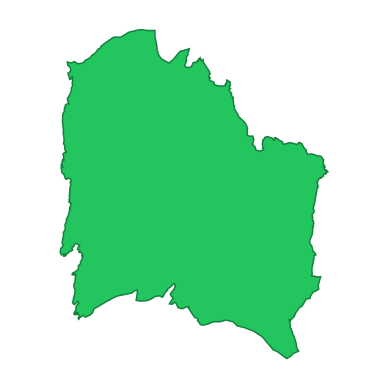 the district of Røyken nor, Buskerud, Norway, rotated 185°
{"feature_id": "86288312B91895261820086", "entity_name": "Røyken nor", "entity_type": "district", "adm_level": 2, "iso_a3": "NOR", "parent_name": "Norway", "parent_adm1": "Buskerud", "projection": "mercator", "projection_center": [10.397, 59.735], "detail": "fine", "context": "isolated", "style": "filled", "palette": "green", "viewbox_px": 384, "rotation_deg": 185, "n_neighbors": 0, "source": "geoboundaries", "source_scale": "gbopen_adm2", "svg_char_len": 5934}
<svg xmlns="http://www.w3.org/2000/svg" viewBox="0 0 384 384"><g transform="rotate(185 192 192)"><path d="M327.5,310.7L326.6,307.1L324.4,305.8L323.2,302.5L324.9,300.1L325.8,299.8L325.6,298.0L324.6,296.7L324.2,294.6L323.5,293.5L322.0,294.4L322.2,295.8L321.3,296.6L320.8,295.3L321.0,293.8L320.6,293.2L320.9,289.5L320.3,288.9L320.3,287.6L321.3,284.7L321.0,283.9L321.1,282.2L322.4,278.0L324.3,274.2L323.8,272.0L322.4,269.1L324.3,268.9L325.7,267.5L326.1,264.5L326.5,264.1L326.2,263.6L326.4,261.7L326.1,261.2L327.3,259.1L327.5,258.0L327.1,250.3L325.4,242.4L325.6,240.4L323.9,233.2L324.2,228.9L323.1,227.7L322.2,222.8L320.6,221.0L320.9,220.3L322.3,220.3L323.7,218.9L323.6,217.8L323.1,217.4L323.0,215.3L322.3,212.5L323.0,212.1L323.7,212.8L324.1,210.5L323.6,207.0L322.7,205.3L323.8,205.5L324.5,208.8L324.7,207.2L324.1,205.6L324.4,205.3L324.4,204.4L323.2,199.9L321.1,198.4L319.3,194.2L318.4,194.4L318.1,193.8L316.4,195.0L315.4,194.8L314.0,194.1L313.4,193.1L313.7,192.8L313.6,191.0L314.1,190.9L313.4,188.5L313.9,185.6L313.9,180.2L313.4,178.3L314.0,178.1L313.3,174.7L313.8,174.0L313.0,173.0L313.9,171.8L313.4,170.9L311.4,170.4L311.8,169.5L311.8,168.4L311.5,168.2L312.5,165.3L312.5,164.5L311.6,163.9L312.4,163.0L313.1,158.1L314.8,154.1L314.4,152.7L315.7,148.2L315.1,145.0L315.2,143.3L316.7,140.1L316.0,136.8L316.5,135.8L317.0,130.5L315.7,127.0L317.9,124.3L318.0,120.5L316.7,118.0L314.3,119.0L313.4,118.3L314.5,117.3L314.3,116.9L312.8,117.2L312.1,117.9L311.9,118.7L312.3,119.3L310.9,119.6L308.0,122.8L307.2,122.6L305.8,123.8L306.8,125.7L304.7,128.1L304.3,129.8L303.5,130.7L299.2,129.1L300.5,127.2L301.1,124.8L298.9,124.0L298.6,123.2L299.6,122.4L299.2,122.0L297.6,122.1L296.2,121.2L296.1,118.6L295.0,119.1L295.7,115.5L297.1,112.3L296.7,110.9L298.9,108.4L298.3,106.8L298.9,104.7L301.3,102.4L304.5,100.4L301.9,101.2L302.0,100.2L303.9,99.2L302.5,98.9L300.9,99.8L300.3,99.3L300.9,96.1L300.7,94.5L300.8,91.6L301.3,90.8L301.6,88.2L300.5,85.1L299.8,84.0L300.1,79.6L300.8,75.9L300.9,73.2L301.2,72.7L300.9,70.5L299.3,69.6L296.4,73.0L295.1,71.6L297.5,68.0L297.4,63.9L298.0,63.3L299.1,60.5L298.1,59.5L297.2,60.0L297.2,62.0L295.5,61.9L296.4,60.4L296.1,59.9L294.5,60.3L293.7,59.3L293.5,57.7L294.5,56.5L293.7,55.4L292.9,57.0L289.7,59.6L287.2,58.0L282.9,60.5L280.5,63.0L279.5,67.0L265.5,76.9L264.8,76.9L264.3,77.8L257.6,81.8L243.4,86.0L239.3,89.5L238.0,89.7L237.7,86.2L238.2,79.2L234.1,78.8L227.1,79.9L222.7,82.3L219.3,85.0L215.1,85.7L212.2,84.6L209.8,89.7L207.6,92.4L208.1,92.9L207.4,94.0L206.0,94.6L202.2,99.1L200.6,98.3L200.9,97.1L200.4,95.5L204.7,88.6L204.0,86.8L201.6,85.0L204.7,78.6L201.9,78.5L199.6,80.7L198.2,79.8L195.9,75.7L192.5,74.8L190.0,75.4L188.1,77.2L187.0,76.7L185.4,77.4L185.0,76.8L185.2,75.9L179.4,68.4L177.8,67.0L175.8,66.8L175.2,66.1L175.2,64.0L173.5,62.7L172.1,60.6L169.0,60.4L164.4,62.0L159.4,64.6L152.2,65.3L147.1,67.4L139.4,66.2L135.4,62.6L127.6,61.4L118.3,58.7L109.1,53.7L97.2,41.7L93.5,40.7L83.1,34.3L78.9,37.5L77.1,39.9L71.9,42.8L74.5,46.4L74.7,49.2L76.4,53.8L78.1,57.6L79.5,59.6L79.8,61.6L81.0,62.9L81.2,64.5L82.3,65.3L82.4,68.0L83.3,70.5L82.8,71.3L83.9,71.9L84.2,73.3L82.6,72.9L79.4,76.7L78.2,80.5L74.8,86.5L72.5,87.7L68.9,95.3L65.2,96.3L64.9,98.8L62.6,102.6L57.3,106.1L58.1,110.2L56.5,118.8L59.0,118.3L65.8,119.1L65.1,120.4L65.9,125.7L64.7,136.5L65.1,138.9L63.1,140.3L64.3,142.2L66.0,143.2L68.2,149.0L69.9,150.7L70.6,153.1L68.6,160.3L68.4,162.3L68.7,167.5L68.0,167.9L68.3,168.8L67.9,171.2L68.6,172.9L68.5,173.8L69.6,174.9L69.8,176.8L69.5,177.2L70.4,179.9L68.7,182.5L68.9,184.6L69.7,185.7L69.8,187.3L69.0,190.7L67.7,206.1L66.7,208.2L67.3,208.4L67.3,210.2L68.3,213.4L67.3,214.1L67.3,215.0L66.2,216.6L64.9,217.0L64.6,217.2L64.9,217.7L62.8,218.8L62.4,220.8L61.6,221.6L60.3,221.7L59.5,223.0L60.1,223.3L59.4,223.6L61.3,225.4L60.7,225.7L61.9,226.0L62.3,227.1L61.2,228.5L61.8,228.2L62.7,228.8L62.5,229.2L63.2,229.0L62.6,229.7L64.0,233.1L63.6,235.4L65.4,237.2L65.8,238.2L66.9,238.9L70.9,239.1L76.1,240.5L79.7,239.4L81.8,242.1L81.7,242.8L82.4,244.4L82.8,244.3L84.4,246.0L86.7,249.6L88.0,250.3L89.8,250.6L90.3,249.9L89.8,250.4L89.6,249.8L91.8,248.6L98.7,249.8L104.8,247.4L106.7,250.2L109.8,251.1L110.5,252.1L113.4,253.4L114.6,253.1L114.1,251.0L114.9,250.5L117.0,252.7L121.8,253.8L124.1,252.8L124.2,251.7L125.5,250.8L126.2,249.1L125.7,247.1L126.2,246.2L125.2,242.7L125.6,242.0L124.5,241.6L124.5,240.3L128.0,238.5L131.9,239.3L133.1,242.4L136.1,244.9L135.3,246.9L135.1,250.1L136.5,253.1L138.9,252.5L141.4,253.1L142.2,254.6L142.0,256.6L142.5,258.7L142.2,260.0L143.2,262.5L145.7,266.1L152.1,271.2L153.6,274.2L155.0,275.6L156.9,278.7L157.5,281.0L157.3,281.3L157.7,281.4L158.7,285.2L158.8,287.1L159.5,288.3L159.0,289.4L161.1,291.6L161.3,294.1L162.2,294.1L162.6,295.3L163.7,296.2L163.8,298.1L162.7,298.3L162.7,299.2L163.0,298.4L163.8,298.3L163.9,299.0L163.2,299.1L163.9,299.1L163.9,300.2L163.0,301.5L163.4,301.7L163.7,304.3L163.5,304.6L164.0,305.2L167.1,306.5L167.0,304.2L168.0,302.9L167.8,301.9L168.3,301.5L167.9,301.0L169.4,300.3L175.0,300.0L179.4,300.9L179.7,301.1L179.4,302.6L179.9,303.4L183.0,304.3L184.4,305.5L184.2,306.6L184.9,306.7L185.0,307.5L184.4,307.7L184.9,307.9L185.3,309.3L184.2,311.6L184.8,311.9L185.0,313.3L191.9,322.1L192.4,324.1L192.6,323.4L193.9,323.5L194.1,324.9L195.1,325.2L195.5,326.1L195.9,324.6L196.4,324.7L196.4,326.1L196.8,325.0L196.4,324.9L197.1,324.8L197.7,322.6L198.3,322.9L199.0,321.4L200.8,321.5L202.4,320.7L202.7,318.7L204.2,316.2L208.1,315.6L210.2,316.7L210.2,318.0L209.4,320.2L209.5,321.5L208.7,322.1L209.4,323.9L209.5,325.6L208.0,328.2L208.3,330.4L207.6,331.8L207.1,334.5L216.2,330.9L222.7,321.8L226.3,318.5L234.5,322.2L237.4,326.0L239.3,331.3L240.0,335.3L242.5,343.7L243.0,349.7L249.8,349.0L256.9,349.3L260.6,348.5L268.9,345.6L276.6,340.0L283.6,339.4L292.2,332.3L295.4,329.1L296.3,326.7L297.9,326.3L300.4,322.0L303.9,319.1L304.9,317.1L310.0,313.6L311.4,311.3L316.4,309.7L320.7,311.7L323.4,309.9L327.5,310.7ZM58.5,224.1L59.8,225.0L58.8,224.0L58.5,224.1Z" fill="#22c55e" stroke="#15803d" stroke-width="1.5"/></g></svg>